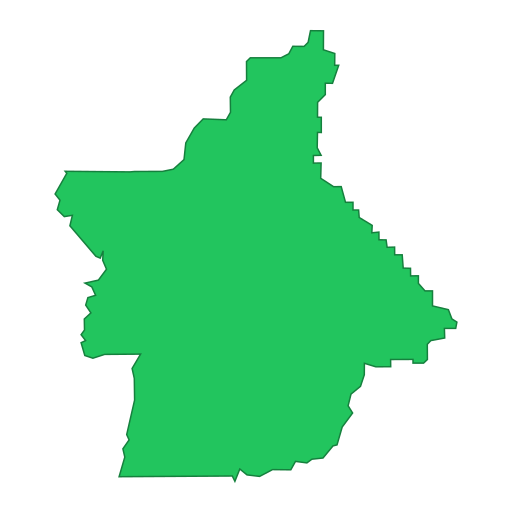 Butte, California, United States of America (orthographic projection)
{"feature_id": "52423323B88547646561946", "entity_name": "Butte", "entity_type": "district", "adm_level": 2, "iso_a3": "USA", "parent_name": "United States of America", "parent_adm1": "California", "projection": "orthographic", "projection_center": [-121.549, 39.724], "detail": "fine", "context": "isolated", "style": "filled", "palette": "green", "viewbox_px": 512, "rotation_deg": 0, "n_neighbors": 0, "source": "geoboundaries", "source_scale": "gbopen_adm2", "svg_char_len": 1733}
<svg xmlns="http://www.w3.org/2000/svg" viewBox="0 0 512 512"><path d="M64.3,216.6L72.4,215.3L69.9,225.8L95.9,256.3L100.2,258.1L103.2,250.8L102.7,260.3L106.5,269.2L98.4,280.1L85.0,283.1L91.8,286.9L95.6,295.3L87.9,297.6L85.7,305.1L90.9,312.9L84.3,319.0L84.5,330.0L81.1,334.7L85.6,340.6L81.1,342.7L84.8,355.5L92.9,358.2L104.6,354.4L140.6,354.1L132.1,368.5L134.3,378.4L134.6,400.1L126.7,434.6L129.1,439.9L122.9,448.8L124.8,457.1L119.1,476.7L232.3,476.0L234.9,481.3L239.8,469.0L247.0,474.9L259.6,476.4L272.5,469.6L290.8,469.8L295.5,461.4L306.9,462.9L311.9,459.2L323.0,458.0L333.0,445.9L337.0,444.9L342.2,427.0L352.6,413.0L348.1,405.8L351.0,394.1L360.5,386.3L364.3,374.8L364.4,363.3L375.8,366.8L390.7,366.7L390.6,359.5L413.0,359.4L413.0,363.1L423.6,363.1L427.4,359.5L427.3,344.3L430.8,340.6L444.7,338.0L444.4,328.4L455.7,328.4L456.9,322.1L451.9,318.9L448.4,309.7L432.5,305.9L432.5,290.9L425.0,290.9L418.4,283.4L418.4,275.8L410.6,275.9L410.5,268.3L403.2,268.1L402.2,254.8L394.7,254.8L394.6,247.1L387.1,247.3L386.1,239.9L379.0,239.8L378.9,232.1L371.8,232.8L372.2,225.4L359.2,217.5L358.6,210.0L353.0,210.0L353.0,202.3L345.5,202.3L341.2,186.6L333.6,186.7L320.7,178.3L321.1,163.0L313.4,163.1L313.4,155.5L321.1,155.3L317.2,147.8L317.5,132.4L321.3,132.5L321.3,117.3L317.5,117.2L317.6,102.3L325.3,94.6L325.3,83.2L332.5,83.3L338.7,65.3L334.7,65.3L334.8,53.5L323.4,49.8L323.5,30.8L310.5,30.7L308.1,42.4L304.1,46.4L292.8,46.3L288.8,53.8L280.9,57.8L250.3,57.8L246.5,61.5L246.6,80.3L234.3,89.9L230.3,97.1L230.5,112.3L226.3,119.8L203.2,118.9L194.3,128.0L185.8,142.9L184.0,159.6L173.3,169.2L162.4,171.4L134.4,171.5L129.9,171.9L65.2,171.3L66.8,173.3L55.1,194.0L60.0,200.2L57.3,209.7L64.3,216.6Z" fill="#22c55e" stroke="#15803d" stroke-width="1.5"/></svg>